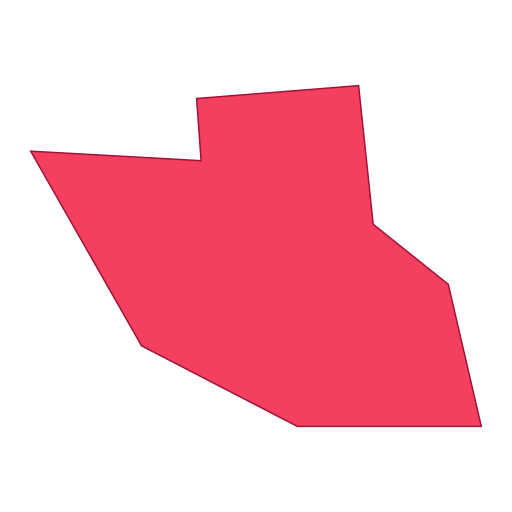 Takamaka, Albers equal-area conic projection
{"feature_id": "SYC-5220", "entity_name": "Takamaka", "entity_type": "state/province", "adm_level": 1, "iso_a3": "SYC", "parent_name": "Seychelles", "parent_adm1": "", "projection": "albers", "projection_center": [55.519, -4.787], "detail": "fine", "context": "isolated", "style": "filled", "palette": "rose", "viewbox_px": 512, "rotation_deg": 0, "n_neighbors": 0, "source": "natural_earth", "source_scale": "10m", "svg_char_len": 248}
<svg xmlns="http://www.w3.org/2000/svg" viewBox="0 0 512 512"><path d="M358.6,85.6L373.2,224.3L448.3,284.4L481.3,426.4L297.3,426.4L141.6,345.9L30.7,151.2L201.1,160.7L196.6,98.5L358.6,85.6Z" fill="#f43f5e" stroke="#9f1239" stroke-width="1.5"/></svg>